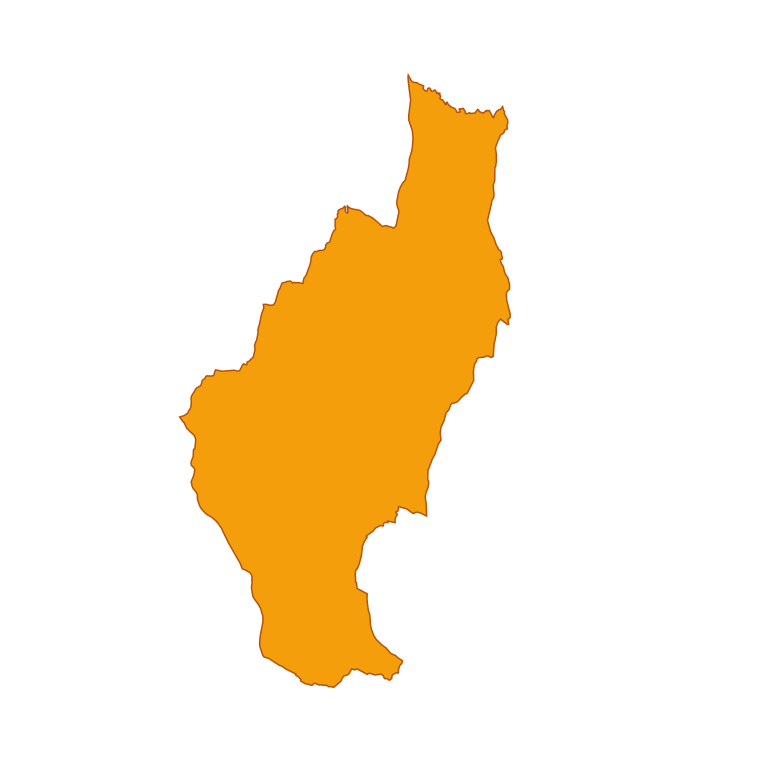 outline of Ventaquemada, Boyacá, Colombia, rotated 337°
{"feature_id": "7082276B51013712707361", "entity_name": "Ventaquemada", "entity_type": "district", "adm_level": 2, "iso_a3": "COL", "parent_name": "Colombia", "parent_adm1": "Boyacá", "projection": "equal_earth", "projection_center": [-73.509, 5.383], "detail": "fine", "context": "isolated", "style": "filled", "palette": "amber", "viewbox_px": 768, "rotation_deg": 337, "n_neighbors": 0, "source": "geoboundaries", "source_scale": "gbopen_adm2", "svg_char_len": 6159}
<svg xmlns="http://www.w3.org/2000/svg" viewBox="0 0 768 768"><g transform="rotate(337 384 384)"><path d="M541.7,285.1L543.2,273.8L553.0,260.5L554.9,257.3L557.6,255.5L559.1,253.1L562.2,243.6L565.3,240.3L570.4,228.6L571.0,227.5L571.9,227.3L573.2,224.7L573.8,224.2L577.0,216.8L578.9,210.0L583.1,205.5L588.7,200.3L592.4,199.6L594.5,197.4L597.3,197.3L598.0,194.4L600.0,192.1L600.8,189.5L600.9,187.3L600.3,182.6L601.2,180.6L601.1,177.7L601.6,175.0L598.6,176.7L596.8,176.4L595.7,177.0L594.3,176.9L589.9,180.3L588.9,181.7L588.4,180.9L587.8,173.3L586.2,173.1L585.7,172.3L584.9,172.7L584.3,172.3L582.4,173.1L580.8,173.3L578.2,170.4L578.2,168.7L577.5,167.9L573.5,170.1L569.6,168.9L568.8,167.8L565.7,167.5L564.7,166.6L565.3,164.4L564.7,161.4L564.3,161.0L562.8,161.2L561.8,160.4L560.7,160.3L560.3,161.0L560.6,162.7L560.2,163.4L557.2,162.4L557.3,160.0L556.9,158.5L555.7,156.8L553.9,155.3L553.6,154.0L552.6,152.7L552.1,149.2L551.3,149.3L550.5,150.9L549.9,150.7L549.6,150.2L549.5,147.8L549.0,145.5L547.1,143.9L547.1,142.7L548.6,141.4L548.6,140.7L548.1,139.8L549.0,138.6L548.9,138.0L548.3,137.9L547.6,138.5L547.3,138.2L547.3,136.8L546.3,137.1L546.1,136.7L546.2,134.1L545.9,133.4L545.0,133.0L543.7,133.7L542.2,133.2L541.9,130.0L541.6,129.4L540.9,129.0L539.7,129.3L537.8,131.1L536.6,130.5L535.6,128.2L535.4,126.7L536.8,125.6L536.9,124.9L533.6,121.9L532.2,119.6L529.2,117.9L527.7,116.0L527.0,109.2L526.2,110.5L524.5,115.3L519.3,133.3L511.5,146.8L509.9,150.8L509.1,161.4L507.7,166.4L506.6,169.4L502.8,176.7L500.6,180.3L495.2,186.8L492.6,192.1L490.3,195.5L483.0,204.8L480.0,206.1L476.1,209.1L472.6,212.7L467.2,220.8L466.0,223.7L465.5,227.1L465.5,229.4L464.5,232.1L457.7,241.9L456.1,243.5L453.8,244.4L452.5,242.7L449.8,240.9L448.9,239.7L447.6,238.9L444.1,238.4L438.6,227.0L435.3,222.8L433.3,221.8L430.2,215.6L428.7,214.0L423.4,210.6L421.9,209.2L420.8,207.9L419.8,205.8L419.1,207.2L419.3,208.6L418.4,209.1L418.7,209.5L418.5,210.4L417.3,212.4L415.9,210.5L416.2,208.9L417.4,206.7L417.4,205.3L417.0,204.9L415.7,206.0L410.7,206.0L409.1,206.8L408.6,208.9L407.4,209.3L406.8,211.8L404.4,213.5L403.5,213.1L400.5,220.0L400.1,222.2L398.6,223.2L397.7,223.3L395.6,225.0L390.0,231.4L389.1,232.1L386.7,232.1L384.9,233.1L383.2,235.8L381.9,236.8L378.9,236.9L377.6,235.9L373.5,235.6L372.0,234.9L369.1,236.4L366.6,238.6L364.6,242.5L362.1,245.7L354.6,253.6L351.6,255.4L349.4,258.3L348.8,259.7L348.4,259.7L344.8,257.2L341.8,256.1L341.3,255.4L339.4,255.5L338.7,253.4L338.1,252.7L334.7,251.7L332.8,251.8L329.9,251.2L329.2,251.6L325.7,255.2L323.7,256.5L315.8,266.3L313.0,268.0L309.6,266.9L306.9,264.7L304.0,263.6L303.1,267.0L298.6,271.8L292.5,280.6L290.8,282.3L288.8,285.4L288.3,287.3L284.8,292.5L283.6,294.2L282.7,294.7L279.8,298.0L279.7,299.1L278.5,302.3L274.4,307.8L272.6,308.8L270.9,309.1L269.5,310.2L266.7,310.3L265.4,312.5L264.0,312.1L263.3,311.0L262.6,310.6L261.5,310.9L257.0,314.8L255.4,315.2L254.1,314.9L251.5,312.8L239.9,309.0L234.6,305.2L232.7,306.8L231.1,309.2L230.0,309.6L228.6,309.4L223.8,307.2L222.9,307.5L220.9,309.0L218.2,309.6L215.2,313.4L213.8,314.1L210.3,314.3L208.1,315.4L205.6,317.5L203.9,318.4L201.2,320.9L199.1,326.4L196.8,330.2L191.7,334.2L187.5,335.0L183.0,334.5L184.1,339.7L184.9,341.7L185.1,348.1L186.0,349.3L186.4,351.0L188.7,355.9L189.3,357.8L189.3,359.9L188.4,362.8L184.9,369.1L184.3,369.8L183.2,369.7L182.1,371.6L180.2,376.0L176.2,380.1L175.2,382.0L174.9,383.6L176.2,386.9L176.5,388.5L174.6,391.8L172.6,394.4L168.3,398.6L167.4,403.1L167.5,405.6L168.7,409.5L169.0,412.7L167.2,417.2L166.7,424.2L167.0,427.1L168.9,432.7L170.6,435.8L173.1,438.9L175.7,444.0L176.9,447.9L178.0,453.4L178.7,469.0L181.5,492.7L181.4,498.8L183.9,501.3L186.8,505.3L187.4,508.1L187.1,510.0L185.5,513.3L185.3,514.8L183.2,518.1L182.2,520.3L180.4,527.8L180.5,530.5L182.1,537.3L182.7,541.9L181.8,550.4L179.7,555.5L171.9,567.1L168.3,573.8L167.4,576.1L167.0,578.6L166.4,586.6L166.9,588.4L170.7,591.6L177.4,601.6L180.0,604.2L182.4,608.1L189.5,616.5L188.9,617.2L191.1,620.9L192.0,623.8L191.2,624.7L194.1,628.8L197.2,631.0L198.9,632.7L200.5,633.2L202.2,632.3L203.3,632.5L206.9,635.9L208.2,636.1L210.2,637.6L213.1,638.6L215.0,641.2L217.0,641.8L219.1,643.6L228.1,640.8L230.7,638.4L233.1,637.1L236.3,637.5L238.5,637.1L242.9,633.6L245.3,635.7L247.1,635.5L248.5,636.4L255.1,644.7L257.7,644.5L262.1,648.4L267.8,649.8L269.3,652.1L269.3,654.9L269.7,655.7L271.9,656.5L272.9,658.4L273.4,658.8L276.1,658.1L276.8,656.5L278.1,655.1L282.5,654.5L283.7,655.6L284.3,655.5L286.0,652.2L288.0,649.9L288.7,649.2L291.2,648.2L292.9,646.0L290.2,642.1L288.3,638.1L287.0,637.0L284.8,634.2L282.8,627.9L279.7,622.6L277.0,616.0L276.3,611.0L276.6,604.7L277.3,600.9L280.7,591.1L281.1,586.3L283.1,579.1L284.4,575.0L286.6,570.6L279.3,561.7L280.8,556.9L280.9,555.5L280.4,555.2L280.5,554.7L281.8,552.1L283.0,548.3L284.5,545.5L286.2,543.7L286.8,543.8L288.1,542.8L290.6,540.3L296.0,533.4L300.9,524.7L304.7,521.1L308.7,518.4L308.0,517.3L308.2,517.0L316.6,515.1L320.0,513.2L325.4,512.9L327.6,514.4L328.9,512.6L329.8,512.0L331.3,511.9L333.6,513.1L334.1,511.7L340.1,516.0L341.2,513.1L342.8,511.1L345.3,509.3L345.2,508.2L344.6,507.2L344.8,506.4L347.0,506.4L348.2,505.2L349.5,502.6L356.0,507.7L359.8,514.1L361.0,514.8L363.3,514.5L364.6,514.9L367.2,517.0L371.6,522.2L376.0,510.9L377.5,505.0L378.3,503.1L380.6,500.0L384.1,496.5L386.2,493.1L387.0,491.3L387.1,488.5L390.4,481.5L391.4,480.1L399.1,472.0L403.3,468.7L410.6,460.5L414.6,457.8L416.4,451.5L419.5,446.1L425.2,441.0L429.5,435.2L434.1,432.7L437.5,428.9L439.6,428.4L441.9,429.1L445.1,428.9L450.1,426.5L455.1,424.9L455.9,425.2L457.2,424.9L468.0,415.7L471.1,407.7L473.0,404.2L475.2,401.1L478.0,399.2L479.6,397.2L481.2,396.7L486.5,398.3L490.4,398.5L492.7,401.1L494.4,401.6L495.4,401.1L500.7,390.8L506.7,382.1L509.6,375.5L512.7,371.9L516.7,369.8L520.8,377.5L521.6,377.8L522.2,377.6L522.5,375.3L523.0,374.8L523.1,373.3L526.0,372.1L527.1,370.0L527.7,367.8L529.6,355.1L531.5,349.7L532.3,348.1L533.3,347.0L536.5,345.8L538.3,342.1L539.5,335.1L538.7,330.2L538.7,328.0L539.6,322.9L539.5,320.9L539.1,319.8L539.3,316.3L539.8,314.8L541.1,315.3L542.3,314.3L542.7,310.8L543.4,309.2L543.2,307.1L542.0,304.6L542.1,302.6L541.6,300.8L542.2,292.8L541.7,285.1Z" fill="#f59e0b" stroke="#b45309" stroke-width="1.5"/></g></svg>